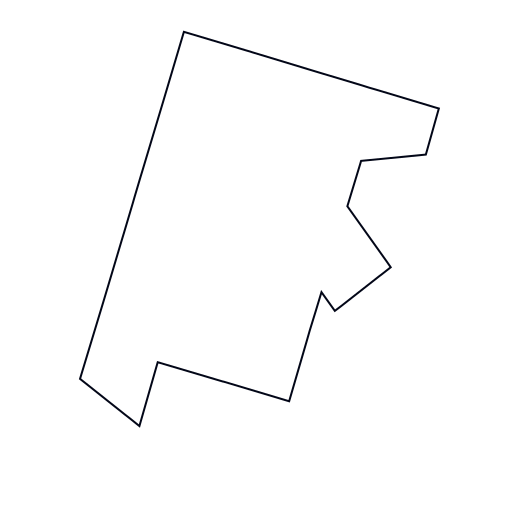 O'Higgins, Chaco, Argentina (Robinson projection), rotated 196°
{"feature_id": "61730980B80807938720133", "entity_name": "O'Higgins", "entity_type": "district", "adm_level": 2, "iso_a3": "ARG", "parent_name": "Argentina", "parent_adm1": "Chaco", "projection": "robinson", "projection_center": [-60.713, -27.221], "detail": "fine", "context": "isolated", "style": "outline", "palette": "ink", "viewbox_px": 512, "rotation_deg": 196, "n_neighbors": 0, "source": "geoboundaries", "source_scale": "gbopen_adm2", "svg_char_len": 772}
<svg xmlns="http://www.w3.org/2000/svg" viewBox="0 0 512 512"><g transform="rotate(196 256 256)"><path d="M391.3,89.4L338.4,67.5L331.2,64.6L324.8,61.9L321.2,60.4L321.2,126.8L253.1,126.2L252.6,126.3L184.1,125.5L183.9,164.9L183.8,187.2L183.8,195.0L183.8,199.1L183.4,219.7L183.2,232.8L183.1,239.3L165.1,225.0L160.8,230.7L131.8,270.8L130.4,272.6L123.4,282.3L128.9,286.8L181.9,329.0L181.2,373.2L181.2,373.3L181.2,376.4L120.7,400.3L120.7,405.6L120.9,448.2L124.8,448.2L186.7,449.0L193.6,449.0L200.7,449.2L242.2,449.7L249.1,449.8L256.1,449.9L315.8,450.8L318.1,450.9L321.8,450.9L387.1,451.6L387.8,379.1L388.7,306.5L388.8,300.2L389.0,278.8L389.0,272.8L389.3,241.6L389.4,235.1L389.9,187.4L390.1,170.3L390.2,163.1L391.3,89.4Z" fill="none" stroke="#020617" stroke-width="2"/></g></svg>